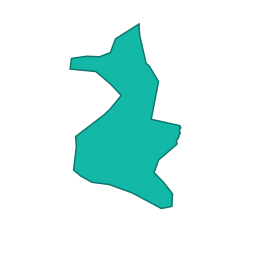 the district of To'vshru'ulex, Arhangay, Mongolia, rotated 325°
{"feature_id": "93677404B19526737982487", "entity_name": "To'vshru'ulex", "entity_type": "district", "adm_level": 2, "iso_a3": "MNG", "parent_name": "Mongolia", "parent_adm1": "Arhangay", "projection": "robinson", "projection_center": [102.181, 47.421], "detail": "fine", "context": "isolated", "style": "filled", "palette": "teal", "viewbox_px": 256, "rotation_deg": 325, "n_neighbors": 0, "source": "geoboundaries", "source_scale": "gbopen_adm2", "svg_char_len": 1609}
<svg xmlns="http://www.w3.org/2000/svg" viewBox="0 0 256 256"><g transform="rotate(325 128 128)"><path d="M114.4,46.5L121.2,52.3L134.0,63.3L138.9,82.0L141.1,97.5L124.0,102.3L115.3,103.5L80.2,105.0L74.8,113.9L59.3,131.2L61.6,139.7L61.6,139.9L67.4,151.9L79.8,163.1L94.1,183.4L109.2,213.1L119.0,217.4L126.7,207.5L125.9,192.8L125.9,192.7L123.8,179.5L134.8,171.7L158.2,169.4L158.9,169.2L159.4,168.9L159.3,168.4L159.4,168.0L159.4,167.8L159.5,167.7L159.7,167.4L159.9,167.4L160.0,167.2L160.0,166.9L160.0,166.7L160.0,166.4L160.3,166.3L160.5,166.2L160.8,166.0L161.1,165.8L161.5,165.8L161.8,165.6L162.0,165.5L162.1,165.4L162.2,165.5L162.3,165.5L162.4,165.1L162.6,164.9L163.0,164.9L163.4,165.0L163.8,164.8L164.0,164.6L164.3,164.5L164.7,164.3L165.0,164.0L165.1,163.7L165.3,163.4L165.5,163.2L165.8,163.1L166.0,162.8L166.3,162.9L166.6,162.8L166.6,162.6L166.7,162.4L166.9,162.3L167.1,162.3L167.3,162.3L167.4,162.1L167.6,162.0L167.8,162.0L167.7,161.6L167.7,161.3L167.7,161.2L167.9,161.0L168.0,161.0L168.1,160.8L168.0,160.7L168.1,160.3L168.3,160.0L168.5,159.8L168.9,159.5L169.1,159.4L169.1,159.1L169.0,158.9L169.4,158.6L169.6,158.5L170.1,158.5L170.3,158.4L170.3,158.1L170.6,158.1L170.9,158.2L171.0,158.2L170.8,158.0L170.8,157.8L171.0,157.6L171.2,157.3L171.2,157.2L171.3,157.1L171.0,156.9L171.0,156.7L171.2,156.4L171.4,156.3L171.4,156.1L171.5,156.0L171.7,155.9L171.8,155.8L171.6,155.6L165.3,148.7L152.0,134.2L179.7,107.4L180.9,89.7L181.0,89.5L179.9,85.5L190.7,58.8L190.8,58.7L193.6,54.0L196.7,49.1L168.9,47.8L156.8,56.1L145.5,53.3L135.3,45.5L121.6,38.6L114.4,46.5Z" fill="#14b8a6" stroke="#0f766e" stroke-width="1.5"/></g></svg>